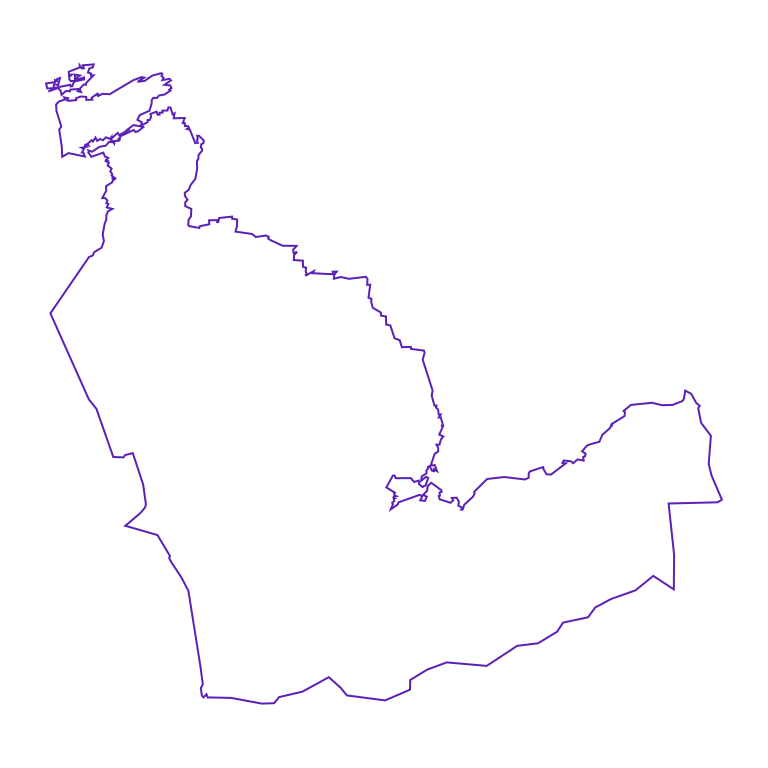 Eide nor, Møre og Romsdal, Norway
{"feature_id": "86288312B27071382350329", "entity_name": "Eide nor", "entity_type": "district", "adm_level": 2, "iso_a3": "NOR", "parent_name": "Norway", "parent_adm1": "Møre og Romsdal", "projection": "orthographic", "projection_center": [7.322, 62.931], "detail": "fine", "context": "isolated", "style": "outline", "palette": "violet", "viewbox_px": 768, "rotation_deg": 0, "n_neighbors": 0, "source": "geoboundaries", "source_scale": "gbopen_adm2", "svg_char_len": 5929}
<svg xmlns="http://www.w3.org/2000/svg" viewBox="0 0 768 768"><path d="M685.2,390.6L684.0,398.5L682.6,401.0L672.6,404.9L662.2,405.2L652.0,402.8L631.0,404.9L623.5,411.0L625.0,412.2L624.5,416.1L611.4,424.2L611.1,425.4L611.8,425.5L609.3,428.7L602.5,434.6L599.4,441.7L587.7,445.1L585.3,447.5L582.1,451.3L585.6,453.7L585.0,456.3L583.2,456.9L583.6,460.6L577.7,459.4L573.1,463.2L571.0,461.3L563.8,460.5L562.5,462.9L565.8,463.3L551.1,474.5L546.5,474.3L542.8,467.9L543.9,466.8L530.0,471.4L528.7,473.2L528.7,477.7L525.1,479.5L504.2,477.0L487.1,479.0L474.1,491.9L474.7,493.4L473.0,496.7L464.2,504.8L462.6,509.6L461.2,509.5L462.4,507.8L458.3,505.6L458.9,501.8L456.7,497.7L451.8,498.0L453.2,500.5L450.5,502.8L439.7,499.3L438.8,496.0L439.9,495.6L439.6,492.5L441.7,491.7L441.3,490.2L431.3,482.8L427.7,486.0L427.0,491.0L423.1,494.8L426.8,496.7L424.9,500.9L420.3,500.3L422.2,496.4L419.7,494.8L398.4,502.4L397.7,504.5L390.8,509.3L392.9,504.3L392.2,502.7L394.2,501.2L393.8,498.8L394.8,498.4L393.4,497.7L393.8,496.5L396.2,496.1L394.6,495.3L394.1,493.5L394.9,492.7L386.3,487.4L392.9,475.6L394.4,475.5L395.8,478.2L410.8,478.1L414.1,481.9L418.8,480.6L419.2,484.3L422.7,487.0L425.7,485.2L428.2,477.9L426.1,476.8L421.2,480.7L421.7,476.4L426.5,473.4L426.4,470.4L427.9,468.8L427.8,467.0L429.5,466.1L432.0,470.7L434.0,471.2L433.9,469.2L437.0,471.1L434.8,465.1L430.7,465.6L434.7,453.7L438.2,451.6L438.1,447.6L436.5,444.7L439.5,444.6L440.9,439.5L443.3,436.5L439.2,434.6L443.0,426.4L441.0,425.5L443.0,425.4L440.8,417.4L438.8,417.5L440.7,414.4L438.7,414.5L438.1,409.5L436.0,407.5L436.5,405.5L434.5,405.6L431.7,395.6L432.6,390.5L422.7,359.7L424.6,352.6L424.0,350.6L410.9,348.9L410.9,346.9L401.9,347.2L399.7,340.2L394.6,338.3L390.3,325.4L386.2,324.5L386.0,316.5L381.0,315.6L380.9,312.6L372.8,307.8L371.1,301.8L371.5,298.8L368.5,297.8L370.2,284.7L367.2,284.8L367.5,278.8L365.9,276.8L348.9,278.8L340.9,277.0L333.9,278.7L334.2,275.0L336.7,271.6L332.7,271.7L333.4,274.3L312.7,273.2L313.7,271.2L305.3,275.7L306.7,273.7L305.7,271.7L306.1,267.7L303.0,266.8L302.9,260.7L293.8,260.0L294.2,254.9L297.1,251.9L293.7,253.0L293.0,250.0L296.5,245.9L282.4,245.7L270.3,240.0L268.2,238.6L268.7,236.9L265.7,235.5L255.9,237.0L252.1,234.0L235.5,231.6L236.9,226.6L237.2,219.5L232.1,218.7L232.1,216.6L219.1,218.0L218.2,222.0L217.2,222.1L217.1,220.1L209.1,220.3L209.2,224.3L199.8,226.2L199.3,228.0L189.2,226.1L188.2,224.8L188.6,219.8L191.0,216.2L191.3,208.9L185.2,206.1L185.2,202.5L187.5,199.8L184.9,195.8L184.8,192.8L188.8,189.7L190.7,184.9L195.4,178.7L197.2,168.4L196.9,161.2L198.4,158.8L198.5,155.0L202.1,150.7L202.0,148.7L200.7,147.4L201.3,144.2L203.4,143.2L203.8,140.6L199.1,135.8L197.2,135.8L197.8,138.8L196.8,140.2L197.9,142.8L195.2,143.1L190.0,129.9L187.0,129.0L189.0,128.0L187.9,126.0L184.9,126.1L184.8,123.1L182.8,123.1L184.7,118.0L173.7,118.3L174.5,113.3L172.6,114.3L170.4,107.4L168.4,107.4L167.5,110.5L162.4,110.6L162.5,112.6L159.5,112.7L159.5,114.7L157.5,114.7L156.5,111.7L150.5,113.9L151.1,116.9L149.7,120.0L147.6,120.0L147.7,122.0L142.3,125.1L141.4,126.2L143.3,127.1L138.1,131.3L135.4,132.0L133.7,130.0L121.0,135.9L118.7,138.9L119.8,138.9L119.3,140.6L114.3,141.0L114.1,143.4L112.0,140.5L111.0,141.3L112.2,142.1L109.1,141.9L105.7,145.7L99.4,146.8L92.1,151.7L88.4,150.4L89.0,151.7L88.3,152.4L91.4,156.8L103.3,152.6L104.8,156.3L108.2,158.0L106.1,159.9L107.5,160.6L106.1,161.3L108.9,162.7L107.6,165.5L111.6,168.5L110.3,171.4L112.3,174.2L111.6,175.5L115.4,178.5L113.9,179.8L112.2,177.3L112.9,180.2L112.2,182.3L106.0,186.2L106.2,190.8L102.3,198.1L105.4,198.2L107.4,200.5L106.4,203.0L108.4,203.9L106.7,207.4L112.4,208.9L107.9,211.4L106.4,215.1L106.3,219.6L104.7,223.5L102.7,234.5L103.9,241.0L101.6,247.7L94.0,252.3L92.9,255.4L89.0,257.0L50.4,313.3L88.8,399.3L96.4,408.8L113.3,457.0L123.4,457.4L125.1,455.1L132.8,453.1L143.2,484.7L145.9,504.3L145.2,507.2L140.7,512.8L125.3,525.8L157.5,535.1L170.0,556.1L169.1,558.0L171.6,562.6L181.3,577.3L188.4,590.8L200.6,667.6L202.8,684.3L200.8,688.2L201.9,695.7L203.5,697.3L206.5,694.2L207.6,697.4L231.1,697.9L261.8,703.6L274.1,703.2L279.1,697.1L302.5,691.6L328.8,677.2L340.6,687.7L346.8,695.4L385.1,700.4L410.0,689.7L410.2,680.0L427.4,669.5L446.8,662.4L486.7,665.9L517.2,645.8L538.0,643.3L557.1,631.7L563.1,622.6L588.0,617.3L595.3,607.4L611.2,598.9L635.4,590.4L653.3,575.9L673.8,589.4L674.1,554.7L668.6,503.5L717.6,502.3L721.9,499.7L711.5,475.4L708.7,463.9L710.9,435.8L701.1,422.8L698.2,408.1L699.7,405.8L696.2,402.9L691.2,393.8L685.2,390.6ZM84.9,156.5L83.4,152.8L81.9,152.5L84.0,148.8L81.6,147.7L86.1,146.9L84.8,146.4L85.4,144.7L88.5,145.3L87.4,143.9L91.7,140.2L92.9,141.6L95.5,137.5L97.2,140.9L99.8,139.1L103.0,140.2L105.9,137.3L109.9,138.9L111.4,137.0L111.3,138.7L117.7,132.9L119.1,135.1L129.6,129.4L127.7,129.4L133.4,125.1L140.7,126.4L141.9,122.3L137.4,119.8L139.7,115.1L149.4,110.8L151.6,103.8L151.8,99.9L153.2,97.9L156.9,98.0L159.0,95.5L164.6,94.5L170.4,90.6L169.3,89.7L171.5,88.0L170.1,85.4L164.5,84.8L170.9,80.4L169.6,78.8L162.3,80.1L163.5,77.7L161.5,75.9L162.3,73.9L161.3,73.2L152.5,75.5L144.7,80.9L137.5,81.8L144.2,77.7L141.7,77.1L133.5,80.1L109.7,94.2L102.6,93.8L97.3,96.4L98.7,94.7L97.5,93.6L91.7,97.7L92.3,99.7L86.3,99.9L86.2,96.9L81.2,96.5L76.2,98.1L76.2,100.1L69.2,100.8L67.2,100.4L68.2,98.3L64.2,97.4L65.2,99.4L59.0,101.5L56.1,104.5L56.4,110.7L61.3,126.6L59.2,129.5L61.8,146.9L62.2,156.8L68.4,153.1L84.9,156.5ZM61.6,94.8L66.0,90.9L70.0,91.3L70.3,89.6L78.0,89.0L77.5,91.1L81.0,92.0L79.5,89.0L83.9,84.4L85.9,84.8L86.3,82.8L93.5,75.4L91.0,75.5L91.0,73.5L87.9,72.6L89.3,68.5L92.8,67.4L93.7,64.4L82.7,65.3L83.8,68.3L81.8,68.4L79.7,65.4L79.8,67.4L68.8,71.7L68.9,74.7L71.9,74.7L69.0,76.8L69.5,79.7L71.1,81.2L75.1,80.6L74.9,74.6L80.0,75.5L77.0,77.5L77.1,79.6L84.0,77.4L84.1,79.4L74.1,81.6L72.2,86.2L70.6,86.4L70.2,84.8L53.2,88.2L54.1,84.2L58.2,85.1L60.0,78.0L57.0,79.1L57.0,81.1L55.0,80.1L55.1,82.1L46.1,83.4L47.2,88.4L51.2,88.3L51.3,90.3L48.3,91.5L57.9,88.0L60.5,90.5L61.6,94.8Z" fill="none" stroke="#5b21b6" stroke-width="2"/></svg>